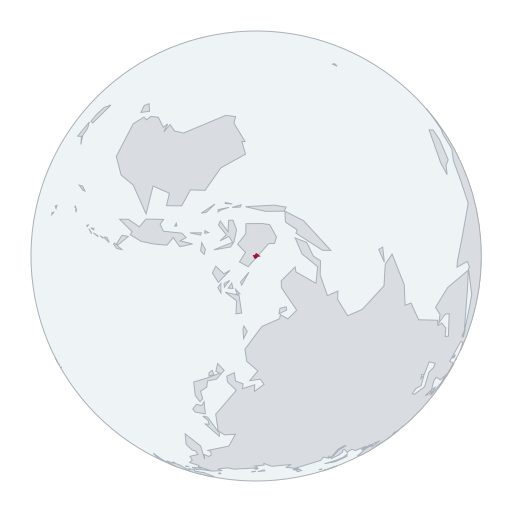 Brunei on an orthographic globe, rotated 172°
{"feature_id": "BRN", "entity_name": "Brunei", "entity_type": "country or territory", "adm_level": 0, "iso_a3": "BRN", "parent_name": "Asia", "parent_adm1": "", "projection": "orthographic", "projection_center": [114.782, 4.523], "detail": "coarse", "context": "on_globe", "style": "filled", "palette": "rose", "viewbox_px": 512, "rotation_deg": 172, "n_neighbors": 0, "source": "natural_earth", "source_scale": "50m", "svg_char_len": 8349}
<svg xmlns="http://www.w3.org/2000/svg" viewBox="0 0 512 512"><g transform="rotate(172 256 256)"><circle cx="256" cy="256" r="225" fill="#eef3f6" stroke="#a8b0b8"/><path d="M452.5,325.3L452.2,326.9L452.1,327.1L452.5,325.3ZM364.5,58.6L371.3,62.6L363.9,58.4L381.8,70.4L385.3,75.1L376.7,66.9L372.2,64.0L372.3,65.3L367.8,62.7L365.2,62.1L359.7,59.1L355.1,55.3L351.5,53.5L351.8,54.7L346.5,53.0L346.6,51.5L337.4,48.6L328.0,43.3L331.3,43.7L348.2,50.5L364.5,58.6ZM469.1,183.3L467.3,178.4L468.3,180.9L469.1,183.3ZM466.2,175.9L466.9,177.4L466.3,176.2L466.2,175.9ZM465.9,175.3L466.1,175.7L466.0,175.8L465.9,175.3ZM465.6,175.2L465.7,175.3L465.6,175.2ZM464.5,173.5L464.1,172.9L464.0,172.3L464.5,173.5ZM377.2,66.6L376.6,65.9L378.7,67.5L377.2,66.6ZM365.8,62.5L367.4,63.7L365.4,63.0L365.8,62.5ZM355.2,57.9L351.4,56.8L354.4,57.2L355.2,57.9ZM348.7,55.6L339.7,53.5L342.5,55.6L329.4,49.1L341.4,52.6L344.7,52.7L345.4,53.9L348.7,55.6ZM323.6,46.1L320.8,45.3L322.9,45.5L323.6,46.1ZM66.8,133.7L63.1,141.9L65.2,142.8L78.8,124.8L75.5,122.6L82.1,113.6L90.6,107.7L94.5,110.9L97.3,107.6L100.8,99.1L107.9,94.0L102.7,95.9L100.2,99.4L97.0,101.0L99.0,98.0L101.5,96.1L102.0,94.1L90.3,104.7L86.5,109.4L84.2,110.4L77.7,118.6L74.8,122.1L78.9,116.8L89.4,104.4L100.7,92.8L112.8,82.1L125.7,72.2L125.5,72.4L127.6,71.0L134.9,66.2L133.4,67.5L140.6,62.9L143.8,62.1L146.0,59.6L154.6,55.1L161.2,52.4L164.4,50.7L153.6,55.4L148.9,57.8L144.3,60.4L138.7,63.7L154.7,54.8L171.4,47.2L178.6,44.6L183.5,43.8L173.1,50.5L166.9,52.5L167.6,50.9L159.0,56.1L163.5,53.8L162.3,55.2L170.2,52.2L169.7,53.1L178.0,49.0L178.3,49.8L173.0,52.4L184.9,49.6L187.8,51.2L190.8,50.2L193.0,48.7L195.3,52.2L197.3,51.4L197.4,49.9L201.5,47.5L209.7,44.9L210.0,46.2L207.1,47.3L201.5,52.1L193.7,55.5L194.7,55.9L201.5,53.3L208.3,47.3L213.1,45.4L210.8,48.0L212.0,46.9L214.5,46.4L217.3,47.4L220.3,44.6L247.3,40.3L255.4,42.6L250.2,44.7L269.5,45.5L277.1,49.5L277.1,47.9L286.3,48.2L284.1,46.8L284.8,46.1L307.5,48.0L313.1,50.1L322.9,50.5L322.9,49.9L319.3,48.2L329.4,49.1L342.5,55.6L341.8,56.6L350.5,60.7L347.6,62.7L349.2,66.8L341.0,67.6L343.0,71.4L346.2,72.7L351.4,79.3L350.9,89.7L337.2,75.5L335.2,62.0L334.8,66.6L330.7,64.1L328.0,65.1L328.1,68.9L330.7,70.2L309.4,71.5L301.2,82.3L312.0,83.3L317.8,88.2L317.9,104.9L294.2,125.7L301.7,135.3L301.6,141.0L293.7,143.5L293.7,135.1L286.6,131.2L287.8,126.5L275.2,128.7L276.3,122.1L265.9,127.8L268.9,133.5L279.6,133.4L270.1,142.0L279.8,153.0L279.9,165.3L260.0,185.4L241.4,190.6L240.0,194.5L233.2,189.3L223.2,196.6L235.2,221.1L234.5,227.9L218.8,239.7L218.6,234.6L200.4,220.6L196.4,236.8L210.1,251.7L214.7,268.4L203.9,262.4L199.2,247.8L192.8,242.4L195.1,228.2L190.8,206.8L179.8,209.9L181.2,201.6L173.6,184.1L158.2,188.3L133.4,208.6L129.1,230.0L121.0,238.9L113.2,207.0L115.2,186.5L109.0,187.8L103.8,170.2L85.1,167.1L85.5,161.9L81.3,163.8L78.1,158.1L79.9,149.8L76.6,149.9L72.7,172.0L76.6,172.1L84.1,164.5L81.9,172.4L85.3,180.2L70.6,198.1L47.8,212.4L50.7,196.4L60.1,153.0L62.7,148.6L63.0,148.1L63.4,147.2L59.0,154.3L62.3,146.3L51.8,175.3L47.7,188.0L47.4,213.3L46.1,215.7L47.6,221.2L58.5,216.9L57.4,222.3L49.1,246.4L38.5,278.7L42.9,302.7L47.2,322.8L47.2,334.9L54.0,350.8L54.9,355.7L59.4,364.6L64.0,373.5L66.7,378.2L58.5,364.3L51.2,349.9L45.0,335.0L39.9,319.6L35.9,304.0L33.0,288.1L31.3,272.1L30.7,255.9L31.3,239.8L33.0,223.7L35.9,207.8L39.9,192.2L45.1,176.9L51.3,162.0L58.5,147.6L66.8,133.7ZM93.4,124.8L99.3,127.1L105.8,115.4L108.6,115.5L109.8,111.7L106.2,114.6L110.5,104.7L116.3,102.4L120.3,97.9L118.5,97.0L107.2,103.0L101.0,116.7L95.7,120.9L93.4,124.8ZM205.1,36.8L207.7,36.1L208.9,35.9L216.8,34.3L217.4,34.4L212.9,35.4L205.1,36.8ZM75.7,127.5L72.4,130.7L73.3,128.7L74.2,128.0L75.7,127.5ZM73.1,124.7L71.5,127.5L72.1,126.0L73.1,124.7ZM207.1,36.6L210.3,35.9L208.6,36.4L207.1,36.6ZM218.3,34.4L217.1,34.9L218.4,34.2L218.3,34.4ZM149.2,432.7L153.9,435.5L151.3,435.4L149.2,432.7ZM60.1,322.4L67.0,356.8L63.2,356.2L58.0,345.6L52.3,324.5L55.2,319.3L55.4,310.0L60.1,322.4ZM272.2,310.8L279.2,312.3L278.9,313.3L272.2,310.8ZM264.9,306.6L272.9,307.5L263.6,308.8L264.9,306.6ZM276.0,307.9L284.0,306.5L287.5,305.0L286.9,307.2L276.0,307.9ZM259.6,306.3L230.7,303.8L219.4,300.2L222.0,296.5L240.3,298.9L259.6,306.3ZM221.1,296.4L203.9,284.2L181.2,251.2L189.3,252.4L213.2,273.0L211.7,276.2L222.1,285.5L221.1,296.4ZM263.0,279.6L261.4,289.4L245.4,287.3L238.1,285.2L233.1,272.0L235.9,265.8L241.8,266.5L265.2,246.5L273.2,252.5L265.9,261.0L272.6,270.2L263.0,279.6ZM129.8,232.1L133.6,245.4L129.3,247.2L129.8,232.1ZM274.9,232.3L265.3,240.9L274.2,229.1L274.9,232.3ZM280.4,221.0L280.8,225.8L277.2,220.9L280.4,221.0ZM239.5,200.9L233.2,201.5L233.2,198.2L241.3,195.6L239.5,200.9ZM279.8,176.0L279.1,185.3L277.7,188.4L275.2,182.5L279.8,176.0ZM217.0,40.8L205.3,42.5L197.3,44.7L193.4,47.2L193.8,44.9L206.2,41.3L217.0,40.8ZM243.5,40.0L246.8,38.5L248.8,39.2L248.3,39.6L243.5,40.0ZM243.1,39.0L240.9,37.3L244.9,36.6L245.9,38.0L243.1,39.0ZM223.5,35.7L220.0,36.0L221.4,35.4L223.5,35.7ZM399.2,410.5L400.7,412.3L394.2,418.3L385.7,424.2L378.6,425.7L399.2,410.5ZM340.7,421.7L341.3,414.1L350.0,414.2L345.7,420.6L340.7,421.7ZM405.0,405.9L410.9,399.4L413.9,390.8L412.2,398.8L415.9,399.5L402.4,411.9L405.0,405.9ZM310.7,387.8L266.4,399.5L256.8,396.9L259.4,390.7L250.9,370.8L254.1,371.4L252.2,358.3L278.4,348.3L297.3,328.1L311.7,330.6L322.7,316.0L337.6,318.3L333.0,330.2L348.2,339.6L359.0,313.0L367.7,343.3L378.3,354.9L380.5,374.0L359.2,404.0L347.5,409.2L345.6,406.1L340.6,408.9L333.4,406.9L329.9,396.3L325.0,399.1L330.0,391.7L322.8,398.0L319.3,391.2L310.7,387.8ZM416.3,344.1L418.2,345.1L421.2,350.8L418.0,349.4L416.3,344.1ZM447.4,330.8L448.0,333.4L446.0,333.8L447.4,330.8ZM452.1,327.1L449.7,327.8L452.5,325.3L452.1,327.1ZM427.7,327.9L428.7,329.9L427.8,330.5L427.7,327.9ZM427.0,327.2L428.3,324.4L428.0,327.3L427.0,327.2ZM417.6,310.1L418.9,308.7L419.4,309.9L417.6,310.1ZM289.4,313.2L299.1,306.2L304.4,306.0L289.4,313.2ZM415.8,306.7L412.7,306.0L413.0,304.5L415.8,306.7ZM416.1,303.0L415.8,300.8L417.7,306.2L416.1,303.0ZM410.0,297.4L413.9,301.7L409.6,297.8L410.0,297.4ZM407.7,297.7L404.8,295.6L405.0,295.0L407.7,297.7ZM375.2,297.2L385.9,311.4L377.2,310.1L367.5,301.1L359.8,307.9L342.5,305.1L346.5,300.7L344.2,293.4L326.2,288.9L322.6,284.0L329.0,281.5L317.1,276.8L330.1,275.8L335.4,285.8L342.7,279.1L355.4,282.1L367.7,286.5L377.6,294.6L375.2,297.2ZM330.1,296.7L332.4,296.9L330.4,299.6L330.1,296.7ZM399.4,289.7L403.5,294.9L403.0,296.0L401.0,295.0L399.4,289.7ZM379.8,293.2L390.5,286.5L392.9,286.9L385.9,295.1L379.8,293.2ZM387.9,281.1L392.8,282.8L395.4,287.5L394.4,288.6L387.9,281.1ZM303.6,285.6L303.1,288.2L299.7,285.8L303.6,285.6ZM308.0,284.4L318.2,288.1L307.0,286.6L308.0,284.4ZM277.2,272.8L280.1,279.2L289.5,276.0L282.4,281.1L288.8,291.9L286.6,295.6L280.3,283.9L278.1,295.2L273.9,294.7L271.6,284.7L275.8,273.1L279.9,268.5L296.9,267.9L277.2,272.8ZM307.9,276.8L305.2,269.4L307.2,264.8L310.1,268.8L307.9,276.8ZM297.3,251.5L290.3,242.8L283.8,245.4L297.0,235.1L301.5,245.2L297.3,251.5ZM291.4,233.2L285.4,235.5L291.7,229.5L291.4,233.2ZM283.8,232.6L283.3,227.0L288.0,228.1L283.8,232.6ZM294.6,233.7L295.9,224.3L298.2,230.1L294.6,233.7ZM281.5,214.4L291.5,224.4L278.3,219.4L278.1,201.5L283.8,201.5L281.5,214.4ZM315.3,148.9L314.1,144.2L319.3,143.8L318.7,147.0L315.3,148.9ZM335.2,139.9L320.3,142.2L308.2,145.0L311.8,147.4L308.9,154.9L303.5,147.1L312.2,139.6L321.4,139.0L323.0,133.0L329.8,129.8L328.6,122.2L331.7,119.5L335.6,126.4L335.2,139.9ZM327.7,119.0L328.1,106.7L337.8,109.8L339.9,113.2L335.6,117.4L330.7,115.4L327.7,119.0ZM331.0,104.9L326.3,103.1L316.9,85.4L317.4,82.6L329.6,96.7L325.8,95.9L326.4,100.0L331.0,104.9ZM321.6,46.1L320.8,45.4L323.2,46.3L321.6,46.1ZM283.3,45.4L284.7,44.7L287.4,45.5L283.3,45.4ZM289.9,43.2L286.0,42.8L290.0,42.7L289.9,43.2ZM277.1,42.1L284.3,42.3L277.6,43.0L277.1,42.1Z" fill="#d9dde1" stroke="#a8b0b8" stroke-width="1"/><path d="M257.0,254.5L256.6,254.7L256.0,255.1L255.9,255.2L255.9,255.4L256.0,256.2L256.2,256.5L256.0,257.0L256.0,257.4L255.8,257.7L255.5,257.9L255.3,258.0L255.2,257.9L254.9,257.6L254.6,257.1L254.2,257.0L254.1,256.9L254.1,256.7L253.8,256.2L253.6,256.0L253.3,255.8L253.2,255.7L253.6,255.7L254.1,255.7L254.6,255.5L255.1,255.2L255.5,254.9L255.8,254.6L256.2,254.3L256.8,254.0L257.0,254.1L257.0,254.3L257.0,254.5ZM257.4,254.5L257.5,254.6L257.7,255.1L257.9,255.6L257.9,256.3L258.1,256.6L257.8,256.7L257.5,256.6L257.3,256.5L257.1,255.8L257.0,255.3L257.0,254.5L257.4,254.5Z" fill="#f43f5e" stroke="#9f1239" stroke-width="1.5"/></g></svg>